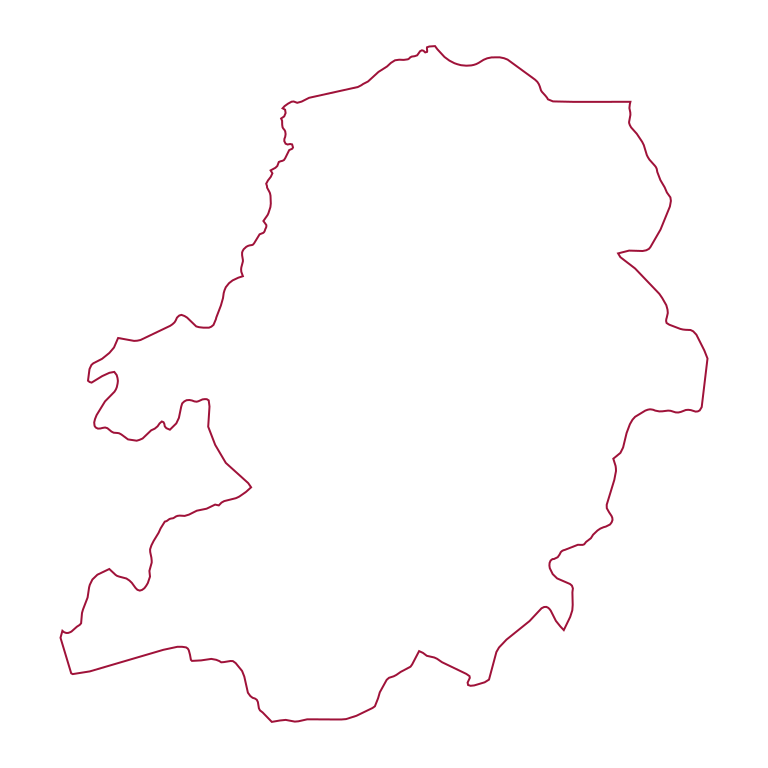 an SVG outline of Centre
{"feature_id": "CMR-1480", "entity_name": "Centre", "entity_type": "Province", "adm_level": 1, "iso_a3": "CMR", "parent_name": "Cameroon", "parent_adm1": "", "projection": "orthographic", "projection_center": [11.575, 4.696], "detail": "fine", "context": "isolated", "style": "outline", "palette": "rose", "viewbox_px": 768, "rotation_deg": 0, "n_neighbors": 0, "source": "natural_earth", "source_scale": "10m", "svg_char_len": 6037}
<svg xmlns="http://www.w3.org/2000/svg" viewBox="0 0 768 768"><path d="M435.0,46.1L437.4,49.3L444.5,57.0L449.4,60.6L454.4,63.2L457.3,64.2L461.0,65.2L466.4,65.7L471.3,65.4L473.7,64.9L476.2,64.1L478.6,62.9L483.6,59.8L487.2,58.3L491.6,57.4L499.6,57.3L504.0,58.2L507.6,59.6L535.1,79.7L537.3,81.8L538.8,84.1L539.8,86.5L541.0,90.4L541.9,91.8L545.5,95.8L547.1,97.8L547.9,99.3L553.0,101.4L575.2,101.9L630.4,101.8L629.8,104.4L629.4,108.1L630.3,112.5L630.4,114.9L629.1,121.9L629.1,122.9L629.8,125.0L631.1,127.4L636.8,133.8L642.2,141.9L643.8,145.1L646.8,155.0L647.9,157.2L649.4,159.6L655.0,165.9L655.9,167.1L656.7,168.8L657.3,172.0L660.4,180.1L664.7,187.4L666.9,192.5L670.4,197.4L670.9,200.9L669.9,206.5L660.5,229.6L650.4,247.1L648.9,248.9L646.2,250.3L642.6,251.0L629.1,250.6L618.1,253.4L620.4,257.2L635.1,268.5L659.3,293.8L662.2,298.0L666.3,305.2L667.5,309.6L667.8,313.0L666.7,317.8L666.3,319.1L666.1,321.0L666.6,323.0L669.3,324.7L680.3,328.9L682.9,329.5L685.6,329.8L690.5,330.0L693.2,331.3L696.4,334.7L704.3,350.4L707.5,358.5L701.7,407.1L699.7,410.4L697.8,411.4L695.6,411.6L690.8,410.1L688.2,409.8L685.8,410.0L680.9,411.9L678.3,412.5L675.7,412.4L670.6,410.8L668.1,410.6L662.4,411.3L659.3,411.4L655.2,410.6L653.3,409.8L651.7,409.5L650.0,409.3L647.8,409.7L645.3,410.6L635.1,416.8L632.5,419.7L629.9,424.2L626.6,433.0L623.1,447.5L620.4,452.9L613.3,458.7L615.6,466.0L615.9,468.4L616.0,471.0L614.3,479.9L606.7,504.8L606.8,508.2L609.1,512.3L611.5,515.9L612.3,517.8L612.5,520.0L611.6,522.4L610.0,524.5L605.8,526.6L603.6,527.2L600.3,528.6L597.5,530.5L593.1,534.7L590.9,538.2L586.1,541.9L584.2,544.3L582.6,544.9L577.8,544.8L564.8,549.9L563.3,550.3L561.9,551.1L560.8,552.1L559.6,554.5L557.7,557.2L554.0,559.0L552.5,559.1L551.9,559.5L550.6,560.6L549.6,562.9L549.4,565.5L549.8,568.2L552.7,574.1L557.1,578.4L570.0,584.0L571.9,585.6L572.9,588.4L572.4,592.3L572.7,604.9L572.3,610.3L570.2,616.9L563.8,630.1L560.4,626.5L555.9,620.9L550.7,610.6L549.3,608.8L548.2,607.8L546.4,606.9L544.1,607.0L541.5,608.3L529.5,621.1L506.5,639.6L499.0,647.5L496.4,652.0L489.0,679.6L484.7,682.3L474.3,685.4L470.6,685.8L468.1,685.0L467.6,682.6L469.8,677.9L469.5,676.1L466.3,673.9L442.0,662.2L437.1,658.8L434.3,657.5L426.8,655.8L423.0,652.9L419.1,651.1L412.1,664.5L410.5,666.7L400.7,671.9L396.4,674.9L393.7,676.3L389.0,677.8L386.7,679.8L379.8,692.3L378.1,698.2L374.9,706.3L372.5,708.0L356.4,715.8L346.0,719.1L341.0,719.5L307.3,719.3L298.4,721.3L294.8,721.6L285.7,719.9L279.9,720.5L271.8,721.9L262.7,712.5L260.0,710.4L258.9,708.3L257.9,702.1L256.8,699.8L254.9,698.5L252.6,697.8L250.3,696.0L247.9,692.7L244.3,676.6L242.1,671.0L235.7,663.1L232.9,661.1L230.5,661.0L223.8,662.1L221.2,662.3L219.4,661.1L216.2,659.8L211.3,658.9L201.1,660.4L192.0,660.9L190.9,659.8L190.0,654.8L188.8,650.3L187.8,648.6L186.1,647.4L182.1,646.8L177.4,646.8L163.4,649.8L89.8,671.4L72.7,674.1L71.2,673.3L60.5,637.8L62.4,630.8L63.9,632.1L65.7,632.8L66.8,633.0L68.3,632.9L70.4,632.1L71.5,631.5L76.9,626.7L79.7,624.9L81.1,623.3L82.0,613.0L83.0,609.5L87.6,597.5L89.1,587.4L89.8,584.8L92.4,579.5L97.4,574.7L109.3,569.0L115.6,574.9L117.1,575.9L119.2,576.6L126.4,578.5L129.4,580.5L131.8,582.8L135.5,587.9L137.4,589.8L139.8,590.6L142.1,589.9L144.4,588.2L146.2,585.8L147.8,583.1L150.0,576.6L149.4,570.9L151.7,562.6L151.7,560.7L151.4,557.7L150.2,552.0L150.1,549.3L151.4,545.4L153.6,541.0L158.6,532.8L160.6,528.4L164.8,521.6L166.6,521.1L169.5,519.0L170.8,518.6L173.2,518.2L174.6,517.4L175.7,516.6L177.4,515.9L179.7,515.6L184.7,515.9L189.0,514.6L196.8,510.7L206.6,508.7L215.1,504.6L218.8,505.4L221.5,502.6L224.2,501.1L235.8,498.2L237.4,497.5L239.4,496.5L246.0,491.9L251.1,487.3L248.2,483.1L225.8,462.9L215.2,444.9L208.2,426.7L209.5,406.5L208.7,400.4L206.8,399.2L204.9,399.1L202.5,399.4L198.5,401.2L196.7,401.7L194.4,401.4L192.0,400.5L189.4,400.0L186.6,400.2L184.3,401.4L182.2,403.4L181.2,406.7L178.9,417.9L176.3,423.4L169.9,429.7L166.4,428.2L164.8,426.4L164.3,423.8L163.5,422.2L161.8,421.5L159.6,423.4L157.6,426.3L154.7,428.7L151.2,430.3L142.6,438.5L139.4,439.9L136.7,440.7L128.0,439.4L121.4,434.5L119.2,433.3L117.6,433.0L113.7,432.7L111.5,431.6L107.4,428.2L105.1,427.5L102.7,427.9L100.3,428.5L97.9,428.6L96.0,427.7L95.1,426.7L94.6,425.9L94.4,424.5L94.2,422.4L95.0,419.1L96.6,415.1L105.0,401.4L114.5,391.7L115.9,389.4L116.8,387.2L117.6,383.5L117.9,380.9L117.5,378.0L116.7,375.1L114.3,371.9L109.4,372.8L102.2,376.1L91.6,382.6L89.6,382.0L88.0,380.7L89.5,369.1L91.4,365.0L93.3,363.3L102.1,358.8L109.4,352.9L114.0,347.5L118.1,338.0L134.1,340.9L137.2,340.7L140.5,340.0L170.2,325.8L172.4,324.3L174.5,322.4L175.7,320.5L176.9,317.8L177.6,317.0L179.3,315.5L181.5,314.9L184.5,316.0L187.1,317.6L196.2,326.4L199.1,327.2L203.7,327.7L208.9,327.7L211.3,326.7L213.5,324.9L215.9,319.2L216.3,317.5L220.9,305.5L223.0,298.1L223.7,293.1L224.5,290.3L225.8,287.2L229.0,283.2L232.6,280.4L238.3,277.7L242.9,276.2L241.3,271.8L241.1,269.3L241.3,267.5L242.9,261.4L242.9,260.0L242.1,255.2L242.1,252.5L242.7,250.9L243.7,249.2L246.3,246.8L248.0,245.9L249.6,245.4L252.1,245.0L253.0,244.6L254.1,243.3L259.6,234.3L263.2,232.9L264.0,232.2L264.6,231.2L265.4,228.9L266.1,227.5L266.4,226.1L266.3,225.0L263.4,221.0L267.6,215.0L268.4,213.3L270.4,207.1L270.8,203.5L270.5,195.7L270.0,193.3L269.6,192.3L267.1,187.6L267.0,186.1L266.2,183.7L268.0,180.4L270.8,176.8L272.4,173.3L270.6,170.4L275.4,167.8L277.3,166.0L278.8,162.0L280.5,161.3L282.5,160.8L284.0,160.0L285.2,158.2L289.2,150.1L292.3,148.7L293.0,147.4L292.1,144.4L290.1,144.0L287.6,144.5L285.6,143.7L284.3,141.1L284.4,138.9L285.2,136.8L285.6,134.1L285.2,131.3L284.3,129.7L283.3,128.6L282.6,127.4L282.2,124.9L282.1,120.7L281.1,118.5L284.2,116.4L285.6,113.0L285.1,109.7L282.6,108.3L284.6,106.1L288.1,103.6L291.6,101.7L293.7,101.5L297.2,102.8L301.6,101.6L309.1,97.8L357.9,87.0L361.4,85.2L363.1,84.0L368.0,81.5L378.5,71.9L387.0,66.5L390.9,62.9L395.0,60.3L399.3,59.7L403.7,59.9L407.9,59.3L409.2,58.5L410.2,57.4L411.7,56.6L414.6,56.2L417.2,55.3L420.1,51.2L421.9,50.3L423.6,50.8L424.4,51.7L425.2,52.4L427.0,51.9L427.2,51.1L426.9,48.1L427.0,47.3L429.3,46.5L435.0,46.1Z" fill="none" stroke="#9f1239" stroke-width="2"/></svg>